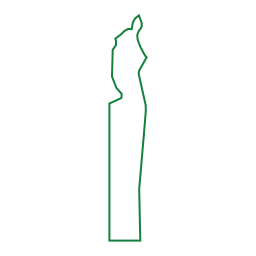 map outline of Namayingo (Equal Earth projection)
{"feature_id": "UGA-5614", "entity_name": "Namayingo", "entity_type": "District", "adm_level": 1, "iso_a3": "UGA", "parent_name": "Uganda", "parent_adm1": "", "projection": "equal_earth", "projection_center": [33.828, -0.264], "detail": "fine", "context": "isolated", "style": "outline", "palette": "green", "viewbox_px": 256, "rotation_deg": 0, "n_neighbors": 0, "source": "natural_earth", "source_scale": "10m", "svg_char_len": 601}
<svg xmlns="http://www.w3.org/2000/svg" viewBox="0 0 256 256"><path d="M140.3,240.6L131.0,240.6L110.2,240.6L109.4,240.6L109.4,103.5L121.4,98.0L121.7,93.9L116.4,87.9L112.0,76.5L112.7,49.9L116.0,45.0L116.0,41.9L116.0,40.9L115.4,38.6L120.4,34.9L124.4,31.0L128.2,28.9L131.7,29.2L132.8,22.6L135.1,18.4L138.9,15.4L141.5,22.2L141.8,26.1L140.5,28.8L138.6,31.3L137.2,35.2L137.7,39.7L140.3,46.8L143.8,53.4L145.6,56.3L146.6,57.3L145.6,59.1L139.0,70.9L138.7,73.9L142.2,89.7L145.7,105.3L145.8,111.2L143.8,135.4L141.1,166.9L139.2,188.8L139.6,209.6L140.3,240.6Z" fill="none" stroke="#15803d" stroke-width="2"/></svg>